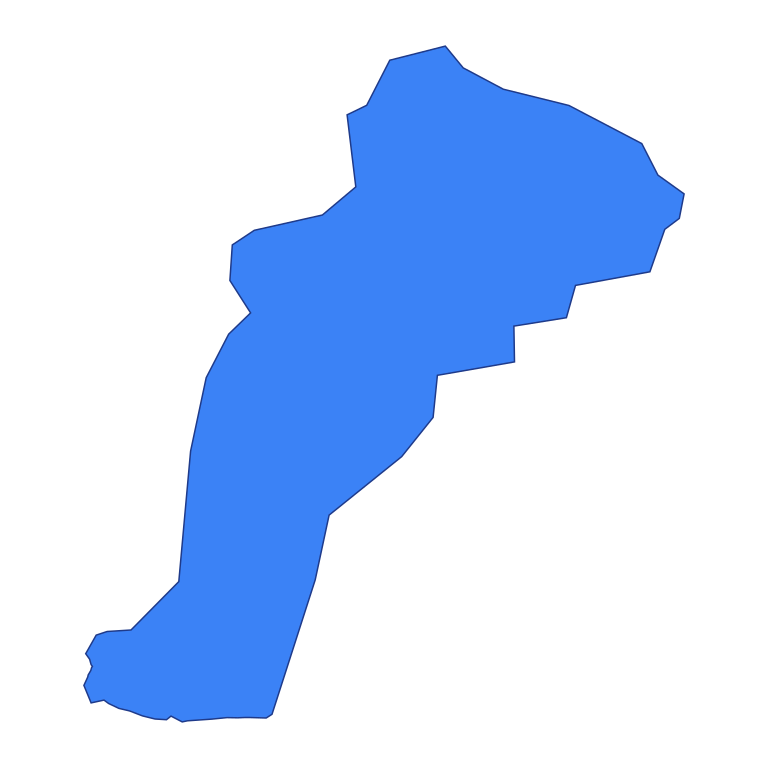 Bazar-Korgon, Jalal-Abad, Kyrgyzstan
{"feature_id": "92254566B21007604083184", "entity_name": "Bazar-Korgon", "entity_type": "district", "adm_level": 2, "iso_a3": "KGZ", "parent_name": "Kyrgyzstan", "parent_adm1": "Jalal-Abad", "projection": "equal_earth", "projection_center": [72.866, 41.193], "detail": "fine", "context": "isolated", "style": "filled", "palette": "blue", "viewbox_px": 768, "rotation_deg": 0, "n_neighbors": 0, "source": "geoboundaries", "source_scale": "gbopen_adm2", "svg_char_len": 885}
<svg xmlns="http://www.w3.org/2000/svg" viewBox="0 0 768 768"><path d="M679.3,218.4L684.1,193.9L657.9,175.1L641.8,143.6L569.0,105.5L503.3,89.2L463.2,67.9L445.3,46.1L389.8,60.2L366.7,105.3L348.6,114.1L347.1,114.8L355.8,186.9L322.4,215.0L254.3,230.3L232.3,244.9L229.9,280.5L250.6,312.9L228.7,334.1L206.2,377.7L190.6,451.1L178.8,581.6L131.0,630.0L107.1,631.5L96.2,635.1L85.7,653.7L89.6,659.2L91.1,664.6L92.4,666.4L91.6,667.6L90.8,670.5L88.2,674.9L87.7,677.1L83.9,685.4L91.1,702.9L104.0,700.1L108.6,703.5L118.9,708.4L129.5,710.9L142.5,715.9L155.0,719.0L166.5,719.7L171.0,716.1L182.2,721.9L187.5,720.8L212.0,719.1L227.0,717.6L237.7,717.8L245.0,717.5L249.5,717.5L266.2,718.0L272.0,714.3L315.2,579.9L329.1,515.1L401.7,456.6L433.1,417.4L437.4,375.3L514.5,361.9L513.9,326.1L566.4,317.7L575.5,285.4L649.9,271.8L664.8,229.3L679.3,218.4Z" fill="#3b82f6" stroke="#1e3a8a" stroke-width="1.5"/></svg>